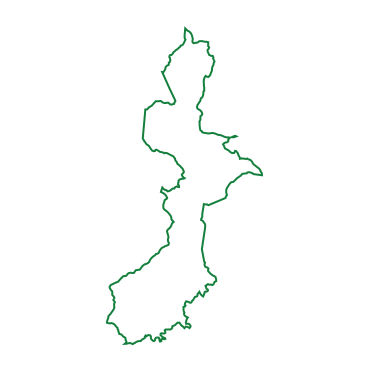 Mara Rosa, Goiás, Brazil, rotated 279°
{"feature_id": "56859067B85632953243460", "entity_name": "Mara Rosa", "entity_type": "district", "adm_level": 2, "iso_a3": "BRA", "parent_name": "Brazil", "parent_adm1": "Goiás", "projection": "orthographic", "projection_center": [-49.395, -14.029], "detail": "fine", "context": "isolated", "style": "outline", "palette": "green", "viewbox_px": 384, "rotation_deg": 279, "n_neighbors": 0, "source": "geoboundaries", "source_scale": "gbopen_adm2", "svg_char_len": 6016}
<svg xmlns="http://www.w3.org/2000/svg" viewBox="0 0 384 384"><g transform="rotate(279 192 192)"><path d="M219.5,258.5L221.5,258.0L222.9,256.7L224.3,256.0L225.6,254.6L229.1,248.3L231.5,246.3L232.4,245.3L233.0,244.0L233.0,242.6L233.7,241.4L233.1,240.3L233.0,239.1L233.2,237.9L232.8,236.7L233.0,235.5L232.3,234.2L233.6,233.7L236.3,231.7L237.3,231.4L239.2,229.3L239.3,228.1L237.2,227.6L236.8,226.2L236.9,224.9L237.6,223.4L238.6,222.1L240.2,217.7L242.7,216.3L243.9,215.2L245.1,215.9L246.2,217.4L246.5,218.6L247.1,219.4L248.0,219.9L249.6,219.6L251.7,221.2L251.4,217.0L251.5,215.9L252.6,211.7L252.5,209.3L253.4,205.2L253.5,203.1L252.9,200.8L252.4,199.5L252.3,196.5L252.5,192.9L253.5,192.3L254.2,190.7L256.1,189.9L259.0,189.1L261.6,188.7L262.6,188.3L264.8,189.0L266.9,188.6L268.3,188.5L269.2,189.5L270.3,190.0L271.8,189.5L272.9,188.7L274.1,187.1L274.8,185.2L275.4,184.3L276.6,183.6L278.8,183.8L283.3,185.9L285.0,186.0L286.0,186.2L287.0,187.3L289.4,187.9L292.9,187.6L293.9,188.3L295.2,187.9L296.8,187.9L298.2,187.3L303.4,186.2L305.4,186.2L307.4,186.6L308.8,187.4L308.2,188.7L308.1,190.1L310.0,191.6L312.4,192.0L314.8,192.7L316.8,192.5L319.2,192.6L320.8,193.3L322.6,193.2L324.4,193.8L327.2,192.0L328.2,192.1L329.6,191.3L329.5,189.5L330.1,187.5L333.4,185.4L334.9,185.2L336.1,186.1L337.6,186.3L338.6,185.1L342.5,184.6L342.7,182.9L342.4,181.3L342.6,178.3L342.1,175.6L340.8,174.5L340.2,173.4L340.0,172.1L339.4,171.3L339.3,170.0L340.5,168.9L343.2,168.8L344.4,168.4L346.7,167.4L348.8,165.9L349.9,164.5L350.8,162.0L352.5,159.7L345.5,160.2L342.8,160.7L341.5,161.7L337.1,160.4L335.7,159.6L335.1,158.8L334.8,157.9L333.6,157.5L330.4,154.9L329.4,153.6L328.1,152.8L327.5,152.0L325.3,151.2L324.1,150.2L323.6,148.7L322.6,148.5L321.6,148.5L320.8,149.3L318.5,150.0L317.1,149.8L316.1,148.8L314.8,149.2L313.6,148.8L313.0,147.6L311.2,146.4L308.8,146.3L305.8,145.0L305.8,143.8L290.9,153.5L280.3,160.8L279.1,161.4L277.5,160.6L276.3,160.6L276.0,159.7L275.2,158.4L275.0,157.0L276.1,155.3L276.5,154.3L275.6,151.6L275.6,150.4L275.9,148.8L276.9,147.3L276.9,146.1L276.4,145.0L276.0,142.0L270.9,138.7L268.7,136.0L267.7,135.6L266.5,134.6L266.2,133.0L237.2,135.0L236.2,135.7L235.3,136.7L234.4,137.1L233.9,138.0L232.8,138.8L231.8,140.0L231.4,141.2L230.6,142.4L227.9,144.8L226.6,146.3L226.3,147.8L226.8,149.1L228.0,149.4L228.2,150.4L227.2,153.0L226.6,154.2L226.6,156.9L225.9,158.4L226.5,159.6L226.5,161.1L224.2,168.2L223.2,169.0L222.4,170.0L221.3,170.3L220.0,171.2L219.0,172.5L217.7,173.0L216.0,175.9L213.4,179.2L212.1,179.9L211.2,180.7L209.9,180.7L207.6,179.2L206.4,179.8L204.9,181.5L204.5,182.5L203.8,181.7L203.7,180.4L202.5,177.9L201.2,176.9L199.5,177.2L198.6,176.9L197.3,177.0L196.5,178.0L194.9,178.4L194.8,177.3L195.1,176.0L194.1,174.6L192.6,173.9L192.6,172.8L191.4,171.4L190.6,170.9L189.2,169.0L188.8,167.7L189.7,166.7L189.8,165.2L190.5,163.5L191.8,162.0L187.2,161.3L186.5,163.5L185.6,165.4L185.0,166.3L183.3,167.7L182.2,168.4L181.2,168.0L180.4,166.8L179.3,166.2L177.4,166.1L174.9,165.6L171.9,166.2L170.8,166.8L168.3,171.2L165.4,174.4L163.7,175.5L162.0,175.9L161.2,176.5L159.6,178.6L157.9,177.2L155.2,176.7L153.5,176.0L151.2,174.1L149.7,173.4L148.2,173.9L144.6,175.6L143.4,175.9L141.7,175.6L140.4,175.8L138.6,176.6L137.7,177.3L136.0,176.9L134.0,173.5L133.3,172.8L132.5,171.5L131.6,170.6L129.3,169.3L127.0,168.8L125.7,167.7L125.1,166.1L123.8,165.4L121.9,163.4L119.4,161.6L117.2,160.8L116.3,160.7L115.1,159.8L113.6,157.7L113.2,156.6L111.2,154.7L107.1,152.6L106.6,150.7L105.8,148.6L103.0,147.3L102.7,145.9L102.7,144.1L102.2,142.6L101.4,141.5L98.9,140.1L98.1,137.3L95.1,135.1L91.6,132.9L90.7,131.0L88.1,127.3L87.2,126.2L85.7,125.5L84.4,125.7L82.3,127.5L81.5,128.6L80.6,129.0L79.1,129.1L77.6,129.5L76.6,131.0L75.4,131.9L73.0,131.2L71.2,133.1L69.5,132.6L68.2,132.7L65.6,133.4L63.4,132.8L58.5,130.4L57.8,129.8L56.0,128.8L54.8,129.0L51.5,128.4L49.6,128.4L49.3,130.3L49.4,131.8L50.0,133.0L49.4,135.5L48.4,137.0L47.6,137.6L46.1,139.7L45.0,140.0L44.2,140.7L42.8,141.1L41.9,141.7L40.4,142.4L40.4,143.8L39.9,145.0L38.5,146.6L37.6,149.0L35.3,149.7L34.3,150.5L33.2,150.7L31.5,149.3L31.8,150.8L32.9,153.4L33.1,155.0L32.5,157.4L33.5,158.2L33.9,159.1L35.1,160.3L36.1,161.9L36.9,164.8L38.2,165.5L40.3,168.1L41.9,168.1L43.0,168.7L42.3,169.6L43.3,170.4L43.9,171.4L43.8,173.3L42.9,174.0L41.8,174.1L40.7,174.4L39.1,176.4L38.7,177.6L39.6,178.5L41.5,178.7L42.4,179.2L42.9,180.6L42.9,182.1L41.6,182.7L40.2,183.2L39.3,183.8L39.8,185.0L41.6,184.7L42.5,186.1L42.2,187.5L42.8,188.6L43.6,188.0L44.1,185.3L44.9,184.6L45.6,183.4L46.8,183.1L47.7,183.8L47.8,186.6L48.7,187.7L50.2,187.3L51.1,186.7L52.0,187.3L52.9,192.3L53.8,193.3L54.9,193.7L56.3,193.6L57.7,195.9L60.6,198.1L61.0,200.0L58.5,202.4L57.8,204.0L56.3,205.8L57.0,206.4L58.1,206.9L58.1,208.3L57.7,209.9L57.2,210.8L58.1,211.4L59.4,211.6L60.4,210.8L61.3,209.5L60.9,206.9L62.1,206.4L64.1,206.5L66.2,206.9L67.4,207.5L68.1,205.2L69.1,203.8L70.7,203.1L71.7,203.4L73.5,202.2L77.3,201.6L77.8,203.0L78.8,203.4L79.7,202.5L81.3,202.6L83.1,203.4L82.9,205.7L82.4,206.9L82.4,208.1L83.2,208.8L84.4,209.1L85.5,210.0L88.9,211.3L89.5,213.0L90.5,213.7L92.0,213.4L94.6,214.9L93.1,215.9L92.1,216.9L91.2,218.0L90.6,219.4L93.6,220.1L95.0,220.1L95.8,220.8L95.9,222.1L96.6,223.0L98.0,223.0L98.9,221.3L100.1,220.8L101.4,220.0L103.5,222.2L103.1,223.4L103.5,225.0L103.3,226.7L104.2,227.7L105.3,227.9L106.9,228.5L107.7,229.8L109.0,229.7L111.6,228.6L112.4,227.2L112.9,225.4L114.2,223.0L115.1,222.0L116.2,220.4L117.5,220.1L119.1,220.2L119.8,218.8L120.2,216.9L121.5,216.0L122.5,215.7L124.4,215.9L125.0,215.0L137.1,210.7L159.9,210.5L162.3,209.9L165.1,207.2L165.8,205.3L167.1,205.4L168.9,206.0L170.3,205.9L171.5,205.6L181.9,205.6L181.8,207.2L182.1,208.7L181.5,210.2L191.3,226.0L192.9,226.2L194.3,227.0L195.5,226.6L196.4,226.0L198.9,225.5L200.1,225.6L201.2,225.8L204.6,227.3L206.6,228.3L207.6,229.0L208.6,231.4L212.6,234.3L216.0,237.8L217.8,238.8L219.0,243.1L219.9,243.6L220.4,244.7L220.5,245.8L220.0,248.9L219.3,249.8L219.5,258.5ZM252.4,222.8L252.5,224.5L253.9,227.1L254.3,225.9L253.7,224.7L252.4,222.8Z" fill="none" stroke="#15803d" stroke-width="2"/></g></svg>